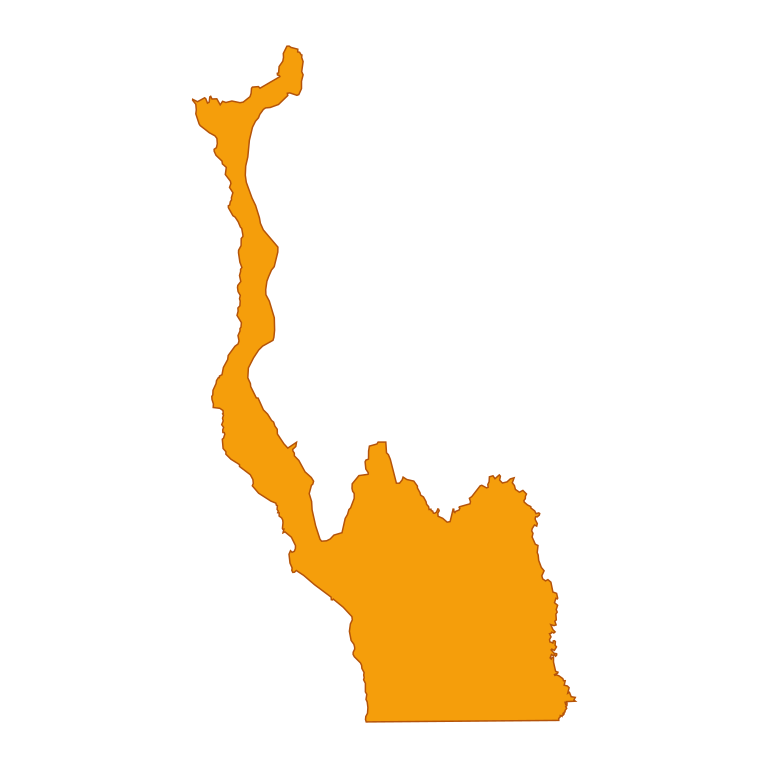 outline of Nyasa, Ruvuma, United Republic of Tanzania
{"feature_id": "72390352B51604936414420", "entity_name": "Nyasa", "entity_type": "district", "adm_level": 2, "iso_a3": "TZA", "parent_name": "United Republic of Tanzania", "parent_adm1": "Ruvuma", "projection": "equal_earth", "projection_center": [34.941, -11.007], "detail": "fine", "context": "isolated", "style": "filled", "palette": "amber", "viewbox_px": 768, "rotation_deg": 0, "n_neighbors": 0, "source": "geoboundaries", "source_scale": "gbopen_adm2", "svg_char_len": 6091}
<svg xmlns="http://www.w3.org/2000/svg" viewBox="0 0 768 768"><path d="M197.5,101.7L192.7,99.3L192.6,100.2L195.8,104.3L196.3,109.9L195.8,113.8L199.1,123.9L200.2,125.6L209.4,132.8L214.9,135.8L216.9,138.4L217.3,143.7L216.4,147.7L214.1,149.3L214.2,151.3L216.0,155.3L222.0,161.1L222.4,163.9L226.3,167.4L225.3,174.5L230.4,181.2L230.9,183.6L229.5,187.4L232.9,192.7L231.4,197.6L231.5,199.9L230.3,201.7L229.7,205.0L228.3,205.8L228.4,207.7L232.9,215.7L235.1,217.1L238.2,221.8L240.4,227.1L241.7,228.4L242.9,235.1L242.9,236.5L241.2,238.5L241.1,245.6L238.6,250.2L238.5,252.8L239.9,262.2L241.9,267.5L240.6,269.3L240.6,271.5L239.5,275.5L240.8,281.5L237.8,285.4L237.5,287.5L238.1,291.7L240.3,295.4L239.5,298.8L240.2,301.0L239.9,305.8L237.9,308.0L238.1,311.2L237.0,315.4L241.4,322.6L241.0,327.1L240.0,328.5L240.0,331.0L238.0,335.6L239.0,340.9L238.1,343.9L234.9,346.3L228.2,355.5L227.7,359.5L223.4,367.4L222.0,374.7L219.5,376.0L219.3,377.6L218.4,377.6L216.5,380.6L216.1,383.5L213.0,390.3L212.8,394.9L211.8,396.4L212.0,399.5L213.4,403.9L213.2,407.5L219.8,408.3L223.0,410.5L223.2,413.4L222.6,413.8L223.5,415.2L222.5,418.2L223.2,420.9L221.7,424.7L223.6,427.3L222.7,429.9L222.9,432.5L224.3,432.6L224.8,434.2L223.5,438.2L222.3,439.2L223.1,448.5L225.9,451.7L225.9,454.2L230.9,459.2L239.5,464.6L239.5,466.5L250.3,474.7L252.9,479.5L253.3,483.4L252.3,485.8L258.6,493.2L270.9,501.1L275.8,503.1L276.4,505.2L277.4,505.6L277.1,509.4L278.3,511.1L277.7,512.7L279.2,512.9L279.1,516.0L281.6,517.9L282.7,520.0L283.0,522.7L282.4,528.4L282.8,529.2L283.9,529.1L283.0,532.8L285.0,531.9L291.4,537.2L295.5,545.6L295.4,548.6L294.3,551.3L292.1,552.3L290.5,550.7L289.0,554.2L290.0,563.1L292.1,567.9L291.8,570.4L292.8,572.4L294.5,572.2L296.3,570.5L303.7,575.4L314.4,584.6L331.1,597.1L331.3,599.7L332.5,599.9L333.3,599.1L343.2,607.2L351.9,616.6L352.3,619.9L350.4,623.9L349.4,631.3L351.1,640.4L353.9,644.3L354.6,647.1L354.7,649.1L353.2,652.2L353.1,654.4L354.3,656.7L360.4,662.8L361.6,665.3L361.9,668.4L364.1,672.6L363.7,675.0L364.2,677.7L363.6,679.7L365.4,683.3L365.4,691.9L366.8,694.3L366.0,699.4L367.2,701.9L367.9,707.6L367.5,713.3L365.8,716.5L365.5,719.5L366.2,721.9L558.8,720.4L558.7,718.5L560.2,716.9L560.3,715.6L562.0,716.3L561.9,715.5L563.3,715.0L563.1,713.6L564.1,713.8L564.0,712.4L565.0,711.9L565.1,710.4L566.7,708.3L565.7,706.7L566.9,705.6L567.0,703.8L565.7,704.5L565.1,702.4L566.7,702.5L566.5,701.6L575.4,701.2L573.9,700.0L575.3,697.4L571.2,696.7L569.4,692.3L567.7,693.3L569.1,687.7L567.4,686.0L564.2,685.2L565.2,680.7L563.5,680.7L562.8,678.6L558.9,675.8L556.5,674.9L554.9,675.4L554.5,674.6L557.6,673.2L558.0,672.2L555.8,671.4L555.4,670.5L553.5,662.1L553.5,657.2L552.1,657.5L551.2,659.1L550.1,657.9L551.5,654.5L553.3,655.6L554.3,654.7L555.6,656.2L556.7,655.0L556.6,653.7L554.1,653.3L551.1,649.9L551.8,649.1L554.4,650.4L556.5,646.9L555.1,645.2L555.4,641.6L554.5,640.7L553.3,640.9L552.9,643.6L552.6,642.8L549.9,641.9L549.5,639.6L551.0,636.9L549.5,633.7L551.1,633.3L551.7,632.1L553.8,633.0L555.1,631.9L552.9,629.6L550.7,624.6L554.0,625.6L556.1,624.9L554.8,621.2L556.3,619.9L555.9,614.1L557.2,612.1L556.2,609.6L557.6,605.3L554.5,602.7L555.9,598.3L557.3,598.9L557.7,598.2L556.6,593.4L552.9,592.0L550.9,582.2L547.9,579.6L545.5,580.9L542.7,578.9L541.8,575.8L544.1,570.8L541.3,567.4L538.7,560.4L538.2,555.1L537.2,552.5L538.0,545.5L535.3,544.2L532.1,537.0L533.0,533.3L531.7,531.0L532.2,528.6L534.5,525.0L536.7,526.1L537.3,523.6L535.3,519.7L535.2,518.2L535.7,516.7L537.2,516.9L539.3,515.1L539.7,513.5L538.7,512.9L536.0,513.6L534.7,510.9L530.9,508.0L530.8,506.6L527.4,504.9L524.2,502.1L523.9,500.5L525.3,498.7L525.4,496.3L526.5,494.0L522.9,490.4L519.4,492.2L515.4,489.4L514.4,485.5L512.3,482.8L514.1,477.8L510.3,478.9L507.0,481.9L502.4,483.0L499.6,480.1L500.4,476.2L499.3,474.9L495.0,478.7L493.0,475.8L489.4,476.8L489.1,481.7L487.8,484.5L488.2,487.2L486.6,487.9L481.8,485.3L480.2,485.8L471.8,496.6L469.4,498.3L470.5,501.7L470.0,503.8L459.4,506.8L459.1,507.4L459.8,508.3L459.1,510.0L455.4,511.5L454.9,512.6L453.9,511.8L453.8,509.2L453.1,509.1L450.1,521.6L447.2,522.2L442.7,518.3L438.1,516.3L437.8,513.3L439.2,510.8L438.6,509.2L437.9,508.9L436.4,512.2L434.5,513.3L433.4,513.1L432.6,511.0L431.3,510.8L430.9,509.2L429.1,509.5L428.6,506.6L426.6,504.3L426.0,501.6L423.5,497.0L420.6,495.1L420.0,492.7L417.4,487.9L417.4,486.1L413.8,481.1L406.8,479.5L403.1,477.1L402.1,480.0L399.5,483.2L396.4,483.2L390.3,459.3L388.4,454.7L386.5,452.8L385.8,442.1L378.1,442.1L376.9,444.0L369.4,446.1L368.6,450.9L368.5,459.1L365.9,460.1L365.1,461.8L365.8,469.0L368.3,472.8L368.1,474.3L358.9,475.6L352.2,483.8L352.0,488.4L352.6,491.1L354.2,493.5L354.2,498.4L350.6,507.9L348.9,509.6L347.5,514.5L345.2,518.4L342.0,532.7L333.9,535.1L330.2,539.0L326.6,540.8L321.6,541.2L320.0,539.3L315.6,525.7L312.1,509.9L311.6,501.5L309.2,493.6L311.4,485.4L312.8,484.1L313.6,481.2L311.3,477.5L305.0,471.8L298.8,460.4L294.4,455.9L294.3,453.1L292.9,451.0L292.7,449.4L295.8,446.5L296.5,442.3L287.8,448.1L283.9,443.8L277.4,434.0L277.2,429.2L274.9,426.1L273.6,422.1L271.6,420.5L267.6,414.1L263.4,409.9L258.1,398.1L256.3,397.9L250.7,386.6L250.4,383.5L247.8,377.8L248.4,367.9L253.5,357.9L258.7,350.0L262.6,346.1L273.0,340.3L273.9,337.3L274.6,330.1L274.3,317.8L269.3,301.1L265.9,294.7L265.7,289.7L266.9,281.2L268.7,276.4L271.5,270.0L274.2,266.7L277.8,252.1L277.9,247.1L263.3,229.9L260.4,223.3L259.4,217.7L255.6,205.5L252.0,198.0L246.3,182.3L245.3,175.2L245.7,166.1L247.8,157.0L249.4,140.2L252.5,127.2L255.5,121.2L258.5,117.8L259.8,114.4L263.4,109.4L265.6,107.9L270.2,107.5L278.5,104.5L287.8,95.5L287.3,93.3L289.8,92.9L296.9,95.3L298.8,94.6L301.5,88.6L301.5,81.2L303.1,74.8L301.7,71.6L303.1,61.6L301.7,57.5L301.9,55.0L301.1,54.8L299.6,52.3L297.7,51.9L297.8,49.2L291.0,47.4L289.1,46.1L286.9,46.2L283.3,53.5L283.5,57.4L282.8,61.2L279.1,66.5L278.6,72.9L277.3,73.3L277.5,75.0L279.4,75.5L279.9,76.6L260.0,88.2L258.4,86.6L252.4,87.1L251.5,88.3L251.1,93.3L250.0,96.7L243.2,102.1L240.0,102.7L231.9,101.0L225.9,102.5L222.6,101.3L220.2,104.8L216.8,98.8L212.0,99.0L210.7,96.3L209.8,96.9L209.2,102.1L207.5,103.1L205.7,98.6L204.6,97.8L197.5,101.7Z" fill="#f59e0b" stroke="#b45309" stroke-width="1.5"/></svg>